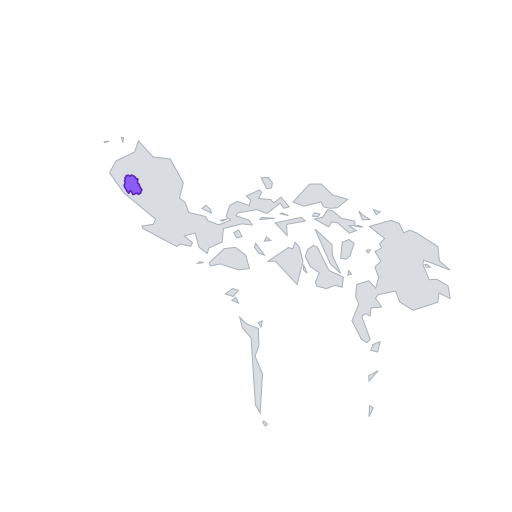 Abra, Abra, Philippines shown in context, rotated 310°
{"feature_id": "2640588B11393510524278", "entity_name": "Abra", "entity_type": "district", "adm_level": 2, "iso_a3": "PHL", "parent_name": "Philippines", "parent_adm1": "Abra", "projection": "mercator", "projection_center": [120.786, 17.564], "detail": "fine", "context": "in_parent", "style": "filled", "palette": "violet", "viewbox_px": 512, "rotation_deg": 310, "n_neighbors": 0, "source": "geoboundaries", "source_scale": "gbopen_adm2", "svg_char_len": 6844}
<svg xmlns="http://www.w3.org/2000/svg" viewBox="0 0 512 512"><g transform="rotate(310 256 256)"><path d="M238.6,87.5L257.8,96.2L268.7,91.8L265.7,113.4L275.2,128.0L265.3,153.3L251.3,160.1L251.6,167.1L246.1,176.4L253.9,192.1L252.2,196.3L255.8,207.3L267.3,213.6L267.0,207.8L278.0,203.3L285.9,206.7L290.3,218.4L295.3,216.1L295.9,210.1L308.7,216.1L308.5,219.2L301.8,221.2L308.8,231.2L307.9,235.4L317.1,237.4L315.0,249.8L310.3,246.5L312.1,240.5L295.7,237.2L291.8,226.6L277.2,214.2L273.9,214.8L279.0,227.8L277.3,233.2L271.5,224.5L256.1,213.4L244.9,221.1L231.9,214.8L226.6,217.0L226.1,206.7L234.5,194.6L225.2,188.3L225.3,198.9L221.5,199.7L216.6,190.6L212.3,189.1L204.3,151.4L205.8,149.5L214.3,157.0L219.7,155.3L219.4,114.1L225.6,90.4L238.6,87.5ZM351.5,323.8L370.1,336.4L373.0,344.9L368.7,354.2L374.6,357.1L377.0,364.4L380.1,389.3L370.1,399.6L370.0,413.7L360.6,387.1L357.1,388.9L349.1,403.8L354.5,409.7L356.5,422.3L348.2,432.2L345.3,420.0L337.4,425.0L315.5,411.3L313.1,395.9L318.8,385.4L304.8,374.5L300.4,374.7L297.7,385.2L290.1,377.5L283.6,382.0L282.3,377.0L277.7,375.9L265.5,397.1L260.9,396.6L259.9,390.6L268.1,371.1L285.3,365.6L288.9,358.4L298.9,351.4L309.6,358.4L308.3,368.4L318.6,363.7L323.9,354.1L332.3,355.0L335.9,344.3L342.9,347.0L344.7,342.9L352.2,343.2L351.5,323.8ZM295.9,336.5L287.5,342.1L284.2,335.2L276.3,331.0L272.1,322.0L274.0,318.4L283.9,315.1L282.9,304.2L287.2,294.1L294.3,291.3L300.8,293.2L302.3,296.9L291.8,321.0L295.9,336.5ZM345.5,250.8L353.1,259.7L352.0,275.5L358.3,289.8L345.3,287.3L340.2,282.2L337.1,276.4L339.2,271.0L325.0,260.7L321.1,249.7L345.5,250.8ZM259.6,268.6L283.4,275.4L284.9,279.5L291.7,277.0L290.7,283.6L281.7,295.8L260.6,305.7L264.5,274.2L259.6,268.6ZM169.7,336.9L138.3,360.1L141.7,351.1L190.1,304.9L192.2,291.8L198.6,282.9L197.9,292.4L202.1,304.3L189.3,315.8L178.7,319.6L169.7,336.9ZM220.5,224.6L241.2,226.9L249.5,234.8L249.9,247.9L242.1,259.0L234.0,251.3L227.0,233.8L218.9,227.4L220.5,224.6ZM328.3,282.1L337.5,281.3L340.0,285.6L339.6,296.8L346.2,309.3L343.0,312.4L339.0,307.8L340.0,316.5L333.6,313.0L333.8,296.9L330.6,292.1L325.0,293.1L322.0,277.0L328.3,282.1ZM297.2,331.8L297.6,318.3L314.5,283.9L313.6,306.9L305.7,314.0L297.2,331.8ZM328.8,323.0L316.6,327.9L311.8,327.3L308.7,322.2L322.1,313.2L328.4,316.7L328.8,323.0ZM293.7,249.4L314.5,265.7L314.6,271.3L299.9,259.1L291.7,266.7L293.7,249.4ZM322.6,221.5L318.0,224.2L314.5,220.7L319.3,209.7L324.2,215.2L322.6,221.5ZM270.2,406.1L260.7,411.0L257.5,404.5L263.3,402.5L270.2,406.1ZM207.2,256.9L216.0,259.0L218.3,264.5L210.4,264.6L207.2,256.9ZM259.6,224.0L264.8,226.0L261.9,232.9L257.4,229.6L259.6,224.0ZM236.9,419.3L246.6,423.3L232.8,423.0L236.9,419.3ZM357.1,319.7L352.1,314.3L356.5,305.9L356.0,311.0L357.1,319.7ZM265.5,247.5L262.2,262.0L259.8,256.0L261.8,249.0L265.5,247.5ZM214.4,439.1L215.1,443.4L205.5,445.9L214.4,439.1ZM262.7,184.9L262.4,191.5L260.1,194.3L257.7,184.1L262.7,184.9ZM279.9,298.0L275.7,306.3L275.7,301.5L279.9,298.0ZM211.1,267.0L208.7,272.9L206.5,266.0L211.1,267.0ZM329.2,278.2L325.9,278.3L322.8,273.6L326.7,273.0L329.2,278.2ZM277.4,251.8L277.4,257.2L272.7,252.8L277.4,251.8ZM369.6,322.7L364.9,321.6L367.0,315.9L369.6,322.7ZM288.8,235.3L297.1,246.2L286.5,235.5L288.8,235.3ZM210.4,302.4L204.8,305.5L206.3,300.6L210.4,302.4ZM304.5,336.3L303.5,340.9L300.4,338.6L304.5,336.3ZM305.9,248.6L307.8,255.1L303.7,246.9L305.9,248.6ZM134.7,372.8L131.9,372.5L132.5,368.4L134.6,367.9L134.7,372.8ZM334.3,339.9L330.7,340.1L330.3,337.7L332.5,337.2L334.3,339.9ZM359.6,396.7L356.9,393.9L357.7,390.9L359.5,392.4L359.6,396.7ZM215.6,216.5L217.2,220.2L212.8,215.9L215.6,216.5ZM345.3,314.4L346.7,319.2L342.7,313.3L345.3,314.4ZM261.5,78.2L257.3,81.3L260.3,76.7L261.5,78.2ZM266.3,210.5L260.7,207.6L260.7,205.7L266.3,210.5ZM246.1,66.1L249.7,69.6L245.6,67.3L246.1,66.1Z" fill="#d9dde1" stroke="#a8b0b8" stroke-width="1"/><path d="M238.8,112.8L238.8,111.3L238.7,111.0L238.7,110.6L238.6,110.2L238.5,109.9L238.4,109.5L238.3,109.1L238.2,108.9L238.1,108.7L237.8,108.5L237.7,108.4L237.4,108.4L237.2,108.5L236.9,108.5L236.7,108.5L236.2,108.5L236.1,108.4L236.0,108.2L236.0,107.9L236.0,106.9L235.8,106.3L235.8,106.1L235.6,105.9L235.2,105.7L234.8,105.4L234.6,105.4L234.4,105.2L234.2,105.0L233.9,105.4L233.8,105.5L233.6,105.6L233.4,105.6L233.2,105.6L232.9,105.4L232.7,105.3L232.3,105.3L232.1,105.3L231.9,105.3L231.7,105.3L231.5,105.5L231.3,105.6L231.3,105.8L231.1,106.0L230.9,106.2L230.6,106.5L230.4,106.7L230.2,106.7L230.0,106.8L229.9,106.8L229.7,106.9L229.3,106.9L229.3,107.0L229.2,107.0L228.9,107.2L228.9,107.3L228.8,107.5L228.7,107.6L228.7,107.8L228.6,108.0L228.4,108.2L228.3,108.4L228.2,108.5L227.9,108.8L227.7,108.9L227.4,108.9L227.2,109.0L226.7,109.1L226.4,109.2L226.3,109.3L226.1,109.3L225.9,109.4L225.7,109.4L225.6,109.5L225.4,109.6L225.2,109.7L225.0,110.0L224.9,110.1L224.8,110.3L224.4,110.9L224.2,111.3L224.1,111.5L224.1,111.8L224.1,112.0L224.0,112.3L223.8,112.6L223.5,113.8L223.0,114.4L222.9,114.7L222.9,114.8L222.8,115.1L222.8,115.3L222.7,115.5L222.7,115.9L222.7,116.0L222.8,116.2L222.8,116.3L222.7,116.4L222.7,116.5L222.5,116.8L222.4,116.9L222.4,117.0L222.3,117.3L222.2,117.4L222.2,117.5L222.2,117.8L222.2,118.0L222.3,118.0L222.6,118.2L222.9,118.2L223.1,118.1L223.4,117.9L223.5,117.8L223.8,117.8L224.1,117.9L224.2,118.0L224.7,117.8L225.0,118.1L225.3,118.0L225.2,118.5L225.2,118.8L225.1,119.0L225.1,119.5L225.0,119.8L224.8,120.1L224.8,120.3L224.7,120.5L224.4,120.9L224.2,121.3L224.1,121.5L224.0,121.8L224.0,122.0L224.3,122.4L224.5,122.8L224.8,123.0L225.1,123.0L225.3,123.0L225.5,122.9L225.7,123.1L225.9,123.2L226.1,123.4L226.6,123.9L227.4,124.2L227.5,124.3L227.6,124.5L227.4,124.7L227.5,124.8L227.7,124.7L227.8,124.7L227.8,124.8L227.7,124.9L227.7,125.0L227.8,125.1L227.8,125.3L227.7,125.5L227.7,125.8L227.7,126.0L227.7,126.3L227.8,126.3L227.9,126.5L228.0,126.6L228.3,126.6L228.8,126.7L229.1,126.8L229.2,127.0L229.3,127.0L229.3,126.9L229.3,127.0L229.3,126.9L229.4,127.0L229.5,127.1L229.8,127.1L230.0,127.1L230.3,127.0L230.7,127.0L230.9,126.7L231.5,126.4L232.2,126.3L232.6,126.2L232.9,126.2L233.2,126.2L233.3,126.0L233.5,125.8L233.7,125.6L233.7,125.0L233.7,124.8L233.7,124.7L233.7,124.4L233.8,124.3L233.8,124.1L234.1,123.9L234.1,123.7L234.2,123.4L234.2,123.2L234.3,123.0L234.4,122.8L234.5,122.7L234.7,122.3L234.8,122.1L234.9,121.7L235.0,121.6L235.0,121.4L235.2,121.2L235.3,121.1L235.5,121.0L235.7,120.7L235.8,120.5L235.8,120.3L235.8,120.2L235.8,119.9L235.9,119.7L236.0,119.6L236.0,119.3L236.0,119.0L235.9,118.7L235.8,118.4L235.8,118.2L236.0,117.9L236.3,117.8L236.5,117.7L236.8,117.5L236.9,117.3L237.1,117.2L237.4,117.1L237.5,117.0L237.6,116.9L237.7,116.7L237.8,116.5L238.0,116.5L238.4,116.5L238.6,116.5L238.8,116.3L238.8,116.2L238.9,115.9L238.8,115.7L239.0,115.6L238.9,115.3L238.8,115.1L238.4,114.9L238.3,114.7L238.5,114.3L238.3,113.9L238.3,113.6L238.3,113.4L238.3,113.2L238.5,113.2L238.7,112.9L238.8,112.8L238.8,112.8Z" fill="#8b5cf6" stroke="#5b21b6" stroke-width="1.5"/></g></svg>